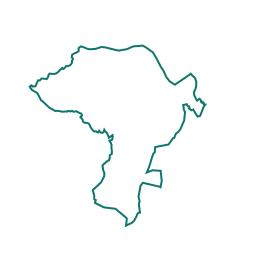 Yamaltu/Deba, Gombe, Nigeria (Robinson projection), rotated 162°
{"feature_id": "59680162B47339407576735", "entity_name": "Yamaltu/Deba", "entity_type": "district", "adm_level": 2, "iso_a3": "NGA", "parent_name": "Nigeria", "parent_adm1": "Gombe", "projection": "robinson", "projection_center": [11.461, 10.308], "detail": "fine", "context": "isolated", "style": "outline", "palette": "teal", "viewbox_px": 256, "rotation_deg": 162, "n_neighbors": 0, "source": "geoboundaries", "source_scale": "gbopen_adm2", "svg_char_len": 4166}
<svg xmlns="http://www.w3.org/2000/svg" viewBox="0 0 256 256"><g transform="rotate(162 128 128)"><path d="M142.7,43.8L141.8,49.3L141.6,50.1L141.2,52.2L140.2,53.9L139.6,54.5L139.4,57.1L139.2,59.5L133.9,69.2L130.8,71.3L123.7,67.0L115.4,62.0L115.3,61.8L112.3,67.1L110.2,77.2L117.7,80.2L123.9,79.9L122.0,82.0L119.3,85.3L115.1,91.4L112.2,95.4L109.9,96.9L109.5,98.0L108.0,101.5L105.8,101.2L94.5,99.8L88.4,104.4L87.2,104.2L86.2,105.4L86.1,105.5L84.3,107.7L84.2,107.7L81.0,108.9L78.1,111.1L77.0,112.4L75.1,114.7L72.4,117.5L68.9,125.4L69.2,128.7L68.7,130.3L68.5,132.7L68.4,132.9L66.6,132.6L64.8,132.5L64.8,132.1L64.8,131.6L64.7,131.2L64.5,130.6L64.3,130.2L64.2,129.8L64.0,129.7L63.8,129.6L63.5,129.6L63.3,129.5L63.2,129.5L63.2,128.6L63.3,127.7L63.8,127.5L62.5,125.4L62.3,125.5L61.9,125.5L60.9,125.3L60.5,125.2L60.3,125.3L58.3,117.3L55.6,117.3L49.8,124.4L48.9,125.4L47.6,126.0L47.3,126.3L47.6,126.4L47.6,126.7L47.7,126.9L47.9,127.0L48.0,127.1L48.2,126.9L48.4,127.1L48.6,127.4L48.7,127.6L48.6,127.8L48.6,128.0L48.5,128.3L48.4,128.4L48.5,128.6L48.5,128.8L48.5,129.1L48.8,129.2L48.8,129.3L48.9,129.5L49.0,129.5L49.2,129.4L49.4,129.2L49.5,129.0L49.8,129.1L50.0,129.6L50.2,129.9L50.2,130.0L50.3,130.0L50.3,130.4L50.4,130.7L50.4,131.0L50.2,131.2L50.1,131.3L50.3,131.7L50.3,131.8L50.4,132.7L51.1,133.8L53.8,132.7L54.4,135.0L54.4,135.4L54.6,136.8L54.7,137.6L54.8,138.6L54.8,138.9L54.5,140.4L54.3,141.7L52.9,143.0L51.6,144.6L50.6,146.1L49.5,148.7L48.9,150.4L48.8,152.3L48.8,154.5L49.5,156.2L50.7,158.0L51.5,160.2L56.6,158.6L70.1,154.7L73.8,159.3L75.8,164.3L76.5,171.1L77.8,175.7L79.4,185.3L81.0,192.5L82.3,193.9L82.4,194.1L84.3,196.7L85.7,198.7L86.9,200.0L87.3,200.4L88.5,201.8L97.8,204.0L104.7,203.3L113.0,204.5L117.3,207.1L124.7,211.7L128.5,213.3L134.4,213.3L140.1,214.7L142.2,215.9L145.2,218.5L147.7,220.2L149.5,219.6L150.4,219.0L150.8,217.4L151.2,216.4L153.2,215.7L155.9,215.6L158.5,214.9L159.7,212.7L159.4,211.9L159.0,211.1L159.2,210.3L160.7,209.0L160.9,207.7L162.4,206.2L164.2,205.5L166.4,205.5L167.6,206.0L169.4,204.9L171.0,204.2L171.7,204.3L172.0,205.4L174.8,204.1L178.0,202.5L179.4,202.1L181.8,202.3L184.0,203.1L185.8,204.0L187.2,203.0L188.0,201.5L189.2,200.4L190.1,199.7L194.7,201.8L197.2,200.5L198.8,201.1L203.2,196.3L205.7,196.8L206.1,197.8L206.6,198.3L206.9,198.4L207.3,198.3L207.6,197.9L208.7,197.7L208.6,197.1L208.4,196.4L208.4,196.0L207.9,195.2L207.8,194.7L207.8,194.3L207.4,193.6L203.4,189.2L202.1,181.1L201.0,180.1L200.5,178.8L196.3,171.3L191.9,166.7L189.4,166.0L185.0,163.6L183.9,163.4L181.9,162.9L181.4,162.7L180.8,162.4L180.3,162.7L179.2,162.5L178.5,162.4L178.0,161.6L176.8,161.5L176.0,161.7L175.7,161.4L175.2,160.7L174.4,160.1L173.6,160.1L172.9,160.0L171.4,159.6L170.8,158.6L169.5,157.3L168.2,156.3L167.7,154.9L168.2,153.7L168.8,153.5L169.6,153.5L169.9,153.1L169.9,152.5L169.3,151.7L168.8,150.8L168.6,149.5L168.8,148.3L168.3,146.9L167.3,146.3L166.0,145.8L164.7,145.0L164.0,144.3L163.6,143.2L163.4,142.1L163.3,140.0L162.7,138.4L161.9,136.1L161.0,135.0L159.6,134.8L158.7,133.8L157.8,133.0L156.9,133.7L156.3,134.2L155.7,132.7L154.7,131.6L153.8,131.3L152.5,131.7L151.1,133.7L150.6,131.6L149.7,130.2L149.6,129.6L149.5,128.0L149.0,125.7L149.2,124.7L148.5,124.9L147.5,125.2L147.0,125.3L146.5,125.5L145.9,125.7L145.2,125.9L144.9,126.0L144.9,125.8L145.0,125.5L145.0,125.1L145.1,124.8L145.1,124.7L145.2,124.4L145.4,124.3L145.5,124.0L145.7,123.6L145.9,123.3L146.2,122.8L146.3,122.3L146.3,122.1L146.6,121.8L147.7,121.7L148.0,121.7L149.6,121.7L149.6,121.2L149.4,120.6L149.2,120.1L148.9,119.4L149.0,118.1L148.8,116.9L149.1,116.5L150.1,113.5L150.4,111.2L151.4,108.4L153.7,107.8L154.3,106.1L155.1,104.3L155.6,104.0L155.9,103.6L156.0,103.2L156.3,103.1L157.5,103.0L158.8,102.6L160.0,102.0L160.7,101.7L161.1,101.6L161.9,101.3L162.7,101.0L164.0,99.9L164.2,97.9L164.5,96.2L164.6,94.1L164.3,92.6L165.0,91.1L165.5,89.5L170.4,84.6L175.1,82.4L178.8,80.7L180.5,80.1L180.8,78.7L180.9,76.3L180.9,74.7L182.1,70.4L180.9,69.3L181.7,68.2L182.4,67.4L182.6,67.1L180.4,64.9L175.5,60.0L174.0,59.3L164.8,55.0L157.1,42.6L157.9,40.3L160.1,35.8L157.1,36.2L153.9,36.5L151.1,37.7L149.2,39.5L147.1,41.5L145.8,43.1L144.3,44.2L142.7,43.8L142.7,43.8Z" fill="none" stroke="#0f766e" stroke-width="2"/></g></svg>